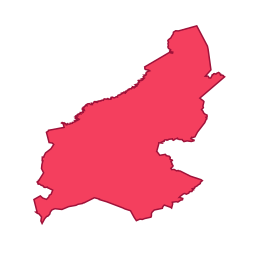 Zentenes pag., Tukums, Latvia (Equal Earth projection), rotated 353°
{"feature_id": "27541924B96888241356563", "entity_name": "Zentenes pag.", "entity_type": "district", "adm_level": 2, "iso_a3": "LVA", "parent_name": "Latvia", "parent_adm1": "Tukums", "projection": "equal_earth", "projection_center": [23.028, 57.169], "detail": "fine", "context": "isolated", "style": "filled", "palette": "rose", "viewbox_px": 256, "rotation_deg": 353, "n_neighbors": 0, "source": "geoboundaries", "source_scale": "gbopen_adm2", "svg_char_len": 5785}
<svg xmlns="http://www.w3.org/2000/svg" viewBox="0 0 256 256"><g transform="rotate(353 128 128)"><path d="M208.7,35.0L189.8,37.8L187.2,37.3L184.8,38.4L184.2,40.4L182.5,42.3L181.6,43.7L178.9,45.3L178.2,46.1L178.3,46.8L178.6,47.4L178.6,48.0L178.0,48.8L178.0,51.6L177.5,52.2L177.6,53.2L178.0,54.0L179.9,55.6L179.7,56.0L178.7,56.6L178.7,56.9L179.5,57.1L180.5,57.8L181.7,58.1L181.5,59.0L180.9,59.2L180.6,58.8L179.4,58.6L178.6,57.9L152.0,69.4L152.1,70.3L151.9,71.3L152.4,72.0L155.5,73.0L156.5,73.9L154.5,74.3L152.9,75.1L152.4,76.2L152.4,76.4L152.9,76.7L152.8,77.0L152.0,77.5L150.8,77.5L151.5,78.0L149.4,78.8L149.6,79.6L149.5,80.1L149.9,80.3L148.4,80.7L149.6,81.0L148.9,81.6L148.3,81.5L148.3,81.2L147.9,81.3L148.1,82.2L147.0,82.5L146.8,82.4L147.0,82.1L146.3,82.0L145.8,82.5L144.8,82.0L144.0,82.1L144.9,83.8L144.5,84.1L143.7,84.0L143.3,85.0L143.5,85.6L143.2,85.8L142.4,85.5L140.9,85.8L141.5,86.1L141.3,86.4L142.0,86.5L141.8,87.2L142.0,87.3L141.8,87.5L141.1,87.4L140.5,88.0L140.1,87.4L139.6,88.2L138.3,87.8L139.0,88.7L138.9,88.9L138.1,88.3L137.3,88.1L137.0,88.3L137.4,88.5L136.6,88.8L136.4,89.3L136.1,89.5L134.6,89.2L133.7,90.1L133.1,89.6L132.3,90.5L131.4,90.5L132.2,90.8L132.0,91.0L130.4,91.1L130.2,91.3L130.5,92.2L129.8,92.4L129.6,93.1L129.1,92.9L128.8,91.9L128.3,91.8L128.0,92.3L126.8,92.5L127.2,92.7L127.1,92.9L124.7,93.6L124.8,93.8L123.9,94.2L123.0,94.1L122.1,94.3L121.2,95.5L121.3,95.9L121.1,95.9L120.9,95.5L119.6,95.7L118.5,96.4L117.0,96.1L116.8,95.7L116.4,95.5L115.1,95.5L115.0,95.8L115.3,96.0L115.0,96.4L113.9,96.2L114.6,96.6L114.8,97.1L114.5,97.4L113.8,97.3L113.7,97.1L112.4,97.2L111.8,96.4L111.4,96.3L111.1,96.3L110.7,96.9L107.9,96.2L106.9,97.5L105.7,97.1L105.1,97.6L104.3,97.5L103.9,97.8L102.4,97.6L102.3,97.9L100.7,98.6L100.6,97.9L99.9,98.2L100.0,98.7L99.4,98.5L99.7,98.0L97.8,97.7L97.5,97.9L97.4,98.4L96.3,99.2L95.5,99.4L94.8,99.0L94.8,99.7L95.5,100.1L95.5,100.4L93.9,100.2L92.7,99.1L90.9,99.1L89.6,99.7L89.9,100.7L88.7,100.3L88.4,101.0L87.8,101.0L87.4,101.6L86.6,101.8L86.8,102.2L86.7,102.5L85.5,102.6L85.7,103.5L85.4,103.7L84.9,103.6L84.9,104.1L85.6,104.3L85.4,104.6L85.7,104.9L86.6,104.6L86.5,104.9L86.8,105.4L85.4,105.5L85.4,106.2L84.9,106.4L85.4,107.0L84.6,107.4L82.7,106.9L82.7,107.2L82.3,107.5L82.5,108.0L81.7,107.6L80.9,108.0L81.5,108.2L81.1,108.6L79.6,108.3L79.4,108.5L80.1,108.8L79.6,109.3L78.3,109.0L79.1,109.4L79.3,109.7L78.4,109.6L78.6,109.9L77.7,110.0L78.2,110.8L77.3,110.4L76.8,110.6L77.9,111.3L77.1,112.1L77.7,112.2L77.7,113.0L78.1,112.9L78.2,112.5L78.5,112.4L79.2,112.4L79.5,112.6L79.4,113.0L80.6,113.4L80.4,113.6L79.3,113.6L79.2,114.1L78.4,114.4L77.0,114.3L76.7,114.4L77.1,114.8L76.8,115.2L76.5,115.0L76.7,114.7L76.1,114.5L76.3,114.9L74.7,115.8L73.5,115.7L73.3,116.5L72.6,116.6L71.3,116.2L71.2,116.7L70.8,117.0L69.8,117.0L68.2,116.5L67.9,117.3L67.3,117.4L67.1,117.3L67.3,117.0L67.1,117.1L66.4,115.9L65.4,116.0L65.5,115.5L65.2,115.0L64.1,115.3L63.7,115.2L64.1,115.0L63.3,114.5L62.7,114.9L63.4,115.5L64.1,115.5L64.7,119.6L48.8,120.6L48.5,121.3L46.5,122.3L47.9,132.8L51.0,133.7L52.3,135.3L48.9,139.3L43.1,142.7L41.2,145.6L40.8,146.7L39.4,146.4L38.8,150.0L39.5,150.2L38.1,153.8L37.2,157.7L38.8,162.2L34.0,168.1L33.6,168.9L32.8,169.0L32.6,169.7L31.5,170.3L31.8,170.6L31.4,171.0L32.0,171.7L31.8,172.2L32.0,172.8L33.5,172.9L35.0,174.4L36.3,174.7L37.1,175.7L36.9,175.8L37.5,176.6L38.4,176.9L40.9,176.9L41.3,177.8L42.7,178.4L43.2,179.0L44.3,179.5L45.7,180.5L43.6,184.4L41.7,185.2L41.0,186.8L38.4,188.9L34.8,187.1L32.7,184.7L25.9,187.5L27.5,200.1L26.2,200.2L27.6,201.6L29.2,202.4L31.3,205.7L30.2,209.6L31.1,212.3L34.3,207.8L36.6,205.8L37.6,205.8L39.8,204.0L40.7,201.9L42.4,200.1L43.9,199.6L45.7,199.2L52.5,200.8L59.6,198.8L66.9,198.4L69.2,197.6L73.5,197.4L74.7,196.8L75.1,197.0L86.1,193.1L91.0,195.1L90.8,195.5L98.0,198.7L113.0,206.6L115.0,207.9L120.4,210.4L123.2,217.4L125.0,221.0L128.7,219.9L131.1,220.5L133.6,219.9L139.9,219.3L140.5,218.2L140.9,215.5L141.8,214.3L144.1,212.6L152.3,211.9L153.0,210.3L154.6,208.9L160.6,211.9L161.5,212.8L163.1,208.8L162.9,207.1L167.0,207.0L168.5,207.6L171.4,206.1L173.3,205.9L173.8,204.6L171.4,203.5L171.2,203.1L170.4,203.1L171.3,202.3L175.0,200.1L176.4,199.9L177.8,200.8L180.4,200.0L181.3,198.7L183.7,198.8L184.2,198.1L184.2,197.6L185.5,197.3L184.5,196.1L186.6,195.9L187.0,195.5L187.0,194.9L190.0,193.7L191.1,192.7L191.9,192.6L193.0,191.9L193.3,190.7L195.4,189.3L194.2,188.2L184.2,183.5L174.6,177.1L172.7,176.6L172.6,176.3L170.9,176.4L168.8,174.8L166.3,174.6L166.0,173.5L165.7,173.4L166.2,172.7L167.6,171.9L168.1,171.1L168.0,170.5L167.1,169.2L167.4,168.5L166.8,167.5L166.9,167.0L166.6,166.3L167.1,165.9L168.1,165.7L168.1,165.3L166.1,164.3L166.0,163.5L166.4,162.2L165.7,161.8L165.5,161.1L162.5,160.1L162.5,159.6L161.8,158.7L156.2,159.0L153.9,154.9L153.6,154.8L156.5,147.8L156.8,146.4L159.9,147.1L159.3,146.2L161.4,145.5L161.6,145.9L162.3,145.6L162.5,144.7L163.3,144.2L164.3,144.4L164.5,144.7L165.0,144.4L166.0,144.9L166.5,144.4L167.5,144.2L170.7,144.2L170.7,144.9L171.5,145.7L172.8,145.2L173.1,144.8L175.7,144.2L175.6,144.7L176.1,145.0L176.9,145.2L177.3,145.6L180.4,146.1L180.7,147.0L181.8,147.8L181.7,148.2L182.0,148.3L185.1,148.0L189.2,149.1L191.9,148.7L192.1,148.3L192.0,147.9L190.9,147.6L189.1,146.2L190.0,145.0L190.9,145.4L193.4,144.9L196.5,140.5L204.8,132.1L206.6,129.0L207.4,128.5L206.7,126.9L207.7,126.9L207.9,126.6L208.0,124.8L206.2,123.7L204.9,122.2L204.4,120.4L203.2,118.7L205.3,117.0L205.0,115.4L206.6,111.1L206.2,110.4L202.9,107.1L230.1,89.0L229.2,88.3L229.1,87.6L228.5,87.5L227.8,86.9L226.4,86.8L226.6,85.9L225.8,85.5L225.7,84.8L224.7,83.9L222.8,84.5L221.8,85.2L220.6,84.6L219.7,84.6L219.5,85.0L218.1,85.5L218.2,86.0L217.7,86.3L216.3,88.4L215.9,88.5L214.4,88.0L214.2,87.0L213.8,86.4L213.1,86.1L212.2,86.3L211.0,86.0L217.4,80.4L217.1,59.5L216.8,56.4L208.7,35.0Z" fill="#f43f5e" stroke="#9f1239" stroke-width="1.5"/></g></svg>